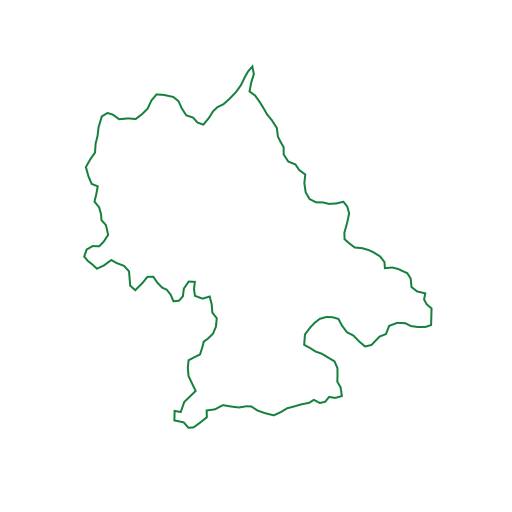 Santana do Garambéu, Minas Gerais, Brazil (Robinson projection), rotated 14°
{"feature_id": "56859067B9374705932151", "entity_name": "Santana do Garambéu", "entity_type": "district", "adm_level": 2, "iso_a3": "BRA", "parent_name": "Brazil", "parent_adm1": "Minas Gerais", "projection": "robinson", "projection_center": [-44.061, -21.638], "detail": "fine", "context": "isolated", "style": "outline", "palette": "green", "viewbox_px": 512, "rotation_deg": 14, "n_neighbors": 0, "source": "geoboundaries", "source_scale": "gbopen_adm2", "svg_char_len": 2618}
<svg xmlns="http://www.w3.org/2000/svg" viewBox="0 0 512 512"><g transform="rotate(14 256 256)"><path d="M232.0,439.0L236.9,437.4L242.1,431.2L247.3,424.4L245.5,417.8L253.3,414.7L260.0,408.7L268.1,408.1L276.2,407.1L282.6,404.3L287.7,403.1L295.0,405.6L302.8,406.3L311.8,406.3L317.8,401.5L323.1,396.2L329.3,392.8L336.2,388.8L343.1,385.6L346.9,381.6L353.5,383.2L358.4,380.7L361.0,375.1L367.3,374.5L373.2,371.1L369.8,362.9L365.3,358.3L364.1,352.7L362.2,345.2L357.6,339.2L351.2,337.3L343.5,334.9L336.9,334.3L331.1,332.3L324.2,330.5L322.5,320.2L326.1,311.8L329.2,306.5L333.0,301.6L339.2,298.1L344.9,296.9L351.2,297.1L356.3,302.8L362.7,308.0L369.7,309.6L376.8,314.0L383.7,317.4L389.6,314.4L392.3,309.6L395.4,304.3L401.0,300.3L402.1,291.6L409.2,286.7L417.1,285.1L423.3,286.5L430.6,285.7L437.9,283.7L442.6,280.6L440.7,272.0L439.0,264.4L433.3,261.6L429.6,257.5L429.3,251.3L420.9,251.4L414.4,248.5L411.5,240.4L407.0,236.1L402.1,235.2L397.2,234.2L391.1,234.2L384.0,236.6L382.1,230.8L376.5,226.4L369.1,224.0L364.1,223.0L357.1,222.7L349.8,223.9L343.3,221.1L337.9,218.3L336.1,212.1L336.4,202.1L336.1,192.2L332.6,186.0L327.7,182.2L321.2,185.6L314.2,187.8L308.0,187.8L301.3,189.4L294.2,187.8L288.8,182.2L285.3,173.7L284.1,165.0L277.2,162.2L272.1,157.6L264.5,156.6L258.3,150.8L256.5,143.8L252.4,139.5L248.4,134.9L245.2,126.7L238.5,120.4L232.3,115.8L227.3,110.5L221.8,105.2L216.3,100.5L209.9,97.9L209.4,89.0L209.9,80.0L206.6,73.0L203.6,79.0L202.0,84.7L200.1,93.7L196.9,101.8L192.1,110.2L187.7,116.6L182.7,120.8L179.4,125.8L176.9,133.5L173.1,141.3L167.0,140.7L161.4,136.9L154.3,136.4L148.3,130.7L143.3,124.5L137.3,121.7L127.6,122.0L120.4,123.3L116.9,130.4L115.2,139.2L111.1,146.0L106.1,152.2L98.7,153.4L90.1,156.4L82.7,153.4L77.2,153.2L72.6,157.9L72.1,169.1L73.2,177.7L73.2,185.9L74.8,194.6L71.9,202.1L69.4,210.8L74.3,219.5L79.1,225.8L85.6,226.7L86.1,235.2L86.1,242.3L92.0,246.7L95.5,252.9L97.4,258.6L102.9,262.3L107.4,271.2L104.7,279.1L101.5,284.5L95.1,285.9L90.1,290.7L89.4,298.1L94.2,301.6L99.3,303.8L104.7,306.8L110.6,302.1L116.6,294.9L122.2,296.5L130.3,297.5L136.5,301.6L139.0,309.0L141.1,315.2L147.1,318.4L152.4,309.6L155.7,302.5L161.4,301.0L166.5,305.6L172.6,309.4L177.5,310.3L182.4,314.0L186.9,319.9L192.1,318.0L194.8,312.8L193.9,305.0L196.9,297.1L202.9,295.9L203.9,303.2L206.4,309.4L214.4,310.3L220.9,306.5L224.7,313.6L227.3,321.5L233.0,325.9L234.2,334.3L233.1,341.7L229.5,347.6L226.0,351.8L226.0,357.6L225.5,365.1L220.9,368.9L215.8,373.5L216.9,381.0L219.6,388.8L224.4,394.7L230.1,401.5L226.0,408.1L221.7,415.0L220.7,425.6L214.5,426.0L216.6,435.3L226.1,434.9L232.0,439.0Z" fill="none" stroke="#15803d" stroke-width="2"/></g></svg>